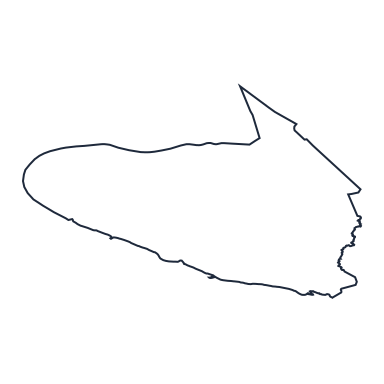 the district of Sveitarfélagið Árborg, Suðurland, Iceland
{"feature_id": "244011B44443724675216", "entity_name": "Sveitarfélagið Árborg", "entity_type": "district", "adm_level": 2, "iso_a3": "ISL", "parent_name": "Iceland", "parent_adm1": "Suðurland", "projection": "natural_earth1", "projection_center": [-20.988, 63.9], "detail": "fine", "context": "isolated", "style": "outline", "palette": "slate", "viewbox_px": 384, "rotation_deg": 0, "n_neighbors": 0, "source": "geoboundaries", "source_scale": "gbopen_adm2", "svg_char_len": 5780}
<svg xmlns="http://www.w3.org/2000/svg" viewBox="0 0 384 384"><path d="M296.4,124.1L275.0,112.0L268.7,107.5L240.1,86.3L250.3,111.0L252.6,115.0L259.6,138.1L255.1,140.9L249.5,144.6L231.6,143.6L223.5,143.1L221.6,143.1L216.6,144.2L215.3,144.2L213.5,143.9L212.3,143.5L210.6,143.0L208.8,143.0L206.7,143.2L203.3,144.4L200.9,145.0L199.0,145.2L196.3,145.1L193.4,144.7L189.5,144.2L186.5,144.2L185.1,144.5L180.8,145.5L170.4,148.7L161.5,150.5L154.5,151.7L149.8,152.2L145.9,152.3L140.7,152.1L129.0,150.2L118.3,147.7L109.8,144.8L106.9,144.4L104.0,144.1L101.3,144.2L96.3,144.7L84.2,145.9L76.3,146.4L65.9,147.6L60.9,148.5L50.1,151.2L44.1,153.4L39.4,155.8L34.7,159.2L29.7,164.5L25.4,169.8L23.9,174.5L23.0,181.1L24.3,187.0L27.7,193.1L33.4,199.4L43.2,205.8L53.9,212.2L65.8,218.3L68.4,220.0L72.2,219.1L72.7,219.6L73.1,221.1L73.3,221.4L75.8,222.8L77.5,224.1L80.6,225.7L81.7,226.0L87.7,227.9L93.1,230.1L94.1,230.3L96.6,230.4L97.6,231.0L98.4,231.3L102.8,233.0L105.5,234.0L107.7,234.6L109.2,235.3L110.3,235.9L111.0,236.4L111.5,237.0L111.5,237.3L111.3,237.7L110.4,238.3L110.6,238.5L111.0,238.8L112.9,237.7L113.7,237.4L114.9,237.5L116.2,237.7L118.3,238.2L119.3,238.6L120.7,238.9L124.2,240.0L128.1,241.4L130.0,242.2L131.1,243.0L132.3,243.5L137.8,245.9L138.6,246.0L139.5,246.3L140.0,246.6L141.6,247.2L142.8,247.6L144.3,248.0L147.1,248.9L149.0,250.0L151.6,251.1L153.8,252.1L154.7,252.2L155.2,252.4L156.8,253.5L157.9,254.5L158.9,256.1L159.1,256.6L160.2,258.3L160.9,258.8L163.2,260.1L165.9,260.9L168.9,261.4L174.0,261.7L175.7,261.7L177.6,261.8L178.4,261.6L180.2,260.5L181.7,260.6L183.3,262.4L183.7,263.2L183.9,263.3L184.2,263.4L184.4,263.6L184.2,263.9L184.2,264.0L185.6,264.3L186.8,265.0L187.8,265.5L189.0,265.9L189.6,266.2L191.4,266.8L193.6,267.6L194.3,268.0L195.9,268.8L201.9,271.2L203.9,272.4L205.3,273.1L206.4,273.5L207.3,273.5L207.6,273.5L210.5,274.5L212.4,275.1L213.3,275.4L213.6,275.7L211.9,276.7L212.0,276.7L213.4,276.0L214.4,276.3L214.7,276.5L212.9,277.4L212.0,277.6L210.4,277.8L209.6,277.6L209.2,277.6L209.3,277.7L209.5,277.8L210.5,278.0L211.7,277.9L215.3,276.9L216.8,277.8L220.2,279.5L221.1,279.8L223.1,280.2L227.8,280.8L231.0,281.0L233.5,281.3L234.7,281.4L239.2,281.9L240.8,282.5L242.4,282.6L243.5,282.8L244.9,283.3L246.7,283.6L248.3,284.0L250.2,284.1L251.0,284.1L252.6,283.8L253.8,283.8L256.1,283.9L258.4,284.1L261.1,284.2L262.6,284.4L264.2,284.9L265.5,285.0L267.3,285.3L269.8,285.8L270.7,285.9L272.6,286.4L275.6,286.6L276.9,286.8L279.4,287.0L286.9,288.5L288.9,288.9L292.8,290.1L293.4,290.5L294.2,290.8L295.0,290.9L295.9,291.3L297.8,292.7L299.4,293.7L301.6,294.7L303.0,294.9L304.4,294.9L305.5,294.7L306.2,294.4L307.2,293.7L307.8,293.2L308.2,293.2L308.6,293.5L308.4,294.1L310.2,294.4L311.4,294.7L312.7,294.8L313.1,294.7L313.0,294.4L312.2,294.1L311.5,293.5L311.0,293.0L311.2,292.5L310.6,291.9L309.9,291.6L309.8,291.4L310.4,291.1L311.1,291.1L311.5,291.4L311.9,291.6L312.5,291.5L312.7,291.2L313.1,291.2L313.5,291.3L313.9,291.8L315.7,292.3L316.4,292.7L318.2,293.3L319.0,293.2L319.4,293.3L319.5,293.6L319.5,293.8L320.1,294.1L321.2,294.1L321.6,294.3L322.0,294.6L323.0,294.7L325.1,294.9L325.7,294.8L326.4,294.3L327.2,294.1L328.6,294.4L329.3,294.7L329.6,295.2L329.9,296.1L330.2,296.5L330.6,296.8L332.0,297.4L332.4,297.7L332.8,297.4L341.2,292.5L341.3,292.3L341.4,291.9L341.3,290.8L340.9,290.1L340.8,289.6L340.9,289.3L341.2,288.9L341.5,288.7L355.6,284.9L356.8,281.8L355.1,277.2L344.5,271.5L343.8,270.1L343.5,269.9L342.5,270.0L341.9,269.9L341.6,269.6L341.6,269.3L341.0,268.8L341.0,268.1L341.5,267.8L341.6,267.5L341.2,267.1L340.3,266.8L340.0,266.5L338.3,266.0L338.3,265.9L338.5,265.5L338.9,265.1L339.6,264.5L339.9,264.2L339.8,263.9L339.7,263.7L338.9,263.0L338.3,262.8L338.0,262.6L338.1,262.4L338.4,262.0L339.0,261.7L339.3,261.3L339.4,261.2L339.0,261.0L338.7,260.7L338.6,260.4L338.8,260.1L338.8,259.9L339.0,259.6L339.0,259.4L339.9,258.9L340.4,258.7L340.5,258.7L340.2,258.3L340.2,258.1L340.4,257.9L340.3,257.5L341.3,256.1L341.6,255.5L341.8,255.3L341.8,255.0L341.9,254.7L342.3,254.3L342.2,253.9L342.2,253.2L341.7,252.9L341.7,252.7L341.8,252.6L342.1,252.4L342.7,251.9L342.7,251.5L342.6,251.3L342.2,250.9L341.7,250.4L341.5,250.2L341.5,249.9L343.3,249.2L343.4,248.9L343.2,248.6L343.2,248.2L343.4,248.0L344.1,247.6L344.6,247.5L345.3,247.2L345.6,246.8L345.9,246.4L345.9,246.1L346.0,245.9L346.7,245.5L347.0,245.5L347.5,245.7L348.2,245.4L348.6,245.2L348.9,245.2L349.9,246.1L350.1,246.1L350.8,246.1L351.2,246.0L352.8,245.4L354.0,245.2L354.2,244.8L354.1,244.7L353.6,244.5L353.4,243.9L353.2,243.7L352.2,243.5L351.8,243.3L351.2,242.8L351.3,242.6L352.1,242.4L352.3,242.3L352.3,242.0L352.9,241.7L353.3,241.2L353.7,240.9L353.4,240.4L353.3,240.2L353.6,239.9L353.9,239.5L353.9,239.1L354.2,238.4L354.1,238.0L355.0,237.1L355.0,236.9L355.0,236.7L354.3,236.6L354.2,236.3L352.6,236.0L352.5,235.9L352.4,235.6L353.0,235.3L353.1,235.1L352.9,234.6L352.7,234.4L352.6,233.9L351.8,233.7L351.7,233.6L351.7,233.4L351.9,233.1L352.4,232.9L352.7,232.6L352.7,232.2L352.9,231.7L353.4,231.2L353.8,230.8L353.8,230.6L353.9,230.4L354.4,230.0L354.6,229.9L354.9,229.6L354.8,229.4L354.5,229.1L354.6,228.7L354.5,228.2L355.3,227.7L355.8,227.2L356.1,227.0L356.8,226.9L357.5,226.6L358.3,226.6L359.0,226.2L359.9,226.3L360.2,226.6L360.5,226.6L360.9,226.1L361.0,225.9L360.7,225.6L360.5,225.4L360.2,225.0L360.1,224.7L360.7,224.1L359.8,223.6L359.5,223.2L359.9,222.7L359.5,222.3L359.4,222.2L359.5,222.1L359.5,221.9L359.7,221.7L359.4,221.4L359.3,221.1L359.2,221.0L358.8,220.8L358.0,220.8L357.8,220.7L358.4,220.0L359.7,219.9L359.7,219.7L359.9,219.3L360.1,218.9L360.5,218.8L360.8,218.5L360.7,218.1L360.6,217.8L360.8,217.6L360.9,217.4L360.7,217.1L360.3,216.6L360.0,216.4L357.4,215.9L348.2,194.4L351.4,194.0L358.4,192.5L360.5,189.3L312.8,145.5L306.7,139.3L304.5,139.6L294.6,130.4L294.2,128.5L294.4,126.5L296.4,124.1Z" fill="none" stroke="#1e293b" stroke-width="2"/></svg>